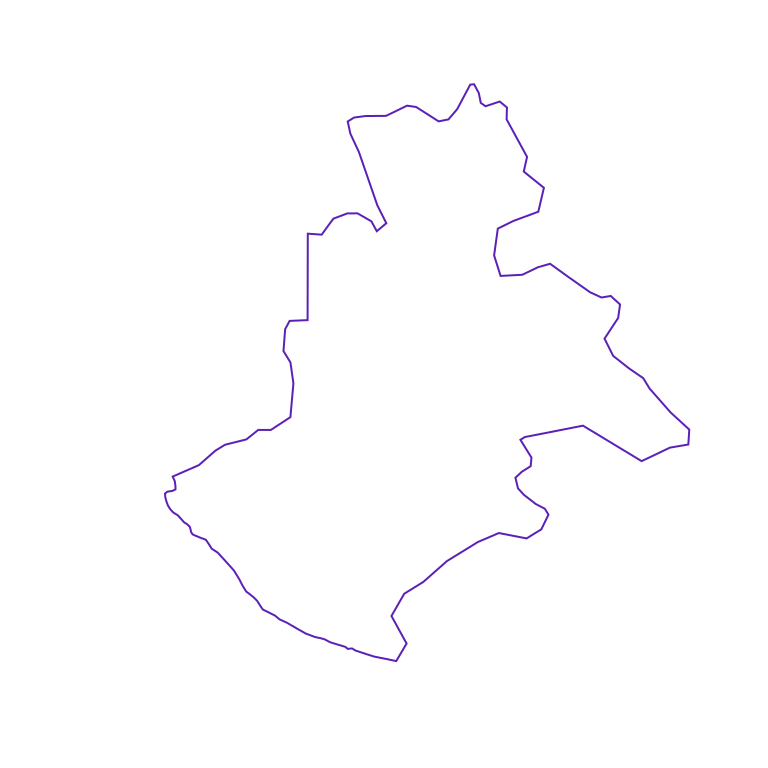 Ashotck, Shirak, Armenia, rotated 239°
{"feature_id": "60910142B98971197356492", "entity_name": "Ashotck", "entity_type": "district", "adm_level": 2, "iso_a3": "ARM", "parent_name": "Armenia", "parent_adm1": "Shirak", "projection": "equal_earth", "projection_center": [43.919, 41.033], "detail": "fine", "context": "isolated", "style": "outline", "palette": "violet", "viewbox_px": 768, "rotation_deg": 239, "n_neighbors": 0, "source": "geoboundaries", "source_scale": "gbopen_adm2", "svg_char_len": 2002}
<svg xmlns="http://www.w3.org/2000/svg" viewBox="0 0 768 768"><g transform="rotate(239 384 384)"><path d="M627.7,488.1L615.9,484.1L599.9,482.4L595.9,482.0L540.6,470.3L520.6,468.8L518.7,456.5L529.9,457.0L543.9,449.2L549.1,440.5L551.8,425.8L548.7,418.3L546.1,412.2L544.1,407.5L552.1,396.1L478.1,351.4L486.7,335.6L481.9,327.5L464.0,314.8L450.7,314.9L431.2,306.7L403.8,286.7L402.9,263.3L409.4,252.5L407.4,237.5L413.8,216.5L413.7,205.1L409.8,183.6L413.5,155.2L408.4,154.6L403.8,152.6L401.1,151.0L401.3,147.7L403.3,142.8L402.9,139.9L399.8,138.3L395.4,137.0L391.0,136.2L386.8,136.3L382.4,137.2L377.5,139.7L372.8,140.6L368.4,141.4L365.1,143.1L361.5,144.0L356.2,142.4L353.7,142.5L351.3,144.1L346.1,148.0L342.2,151.1L336.7,151.4L331.5,151.5L325.2,154.6L319.9,155.7L310.8,157.5L301.4,159.3L290.9,159.4L284.0,158.9L277.1,159.0L274.4,160.1L268.3,162.4L263.4,163.6L258.1,163.7L253.1,164.0L247.9,167.3L241.6,171.3L236.1,173.2L229.6,177.7L218.3,183.9L210.4,188.4L202.7,194.5L198.6,198.9L195.6,201.7L190.4,204.8L185.5,209.2L178.7,215.4L175.6,216.5L173.8,220.4L170.2,222.3L161.5,229.8L155.2,235.4L145.7,245.9L144.9,246.7L142.5,249.3L140.2,251.8L149.9,269.7L181.3,270.9L186.0,279.3L193.8,293.3L194.1,315.7L199.8,346.8L200.2,383.1L198.9,392.4L197.1,405.7L178.2,426.7L178.4,444.0L187.3,457.7L194.3,457.6L202.9,452.3L216.8,446.9L225.5,445.1L236.0,448.4L237.8,457.0L238.0,467.4L245.0,472.5L265.9,472.2L266.0,477.4L245.8,533.1L185.2,565.1L182.2,596.3L175.4,613.7L187.7,622.2L212.0,615.0L243.3,609.3L255.5,609.2L271.1,602.1L290.1,594.9L309.3,596.4L320.0,618.7L330.6,627.3L342.7,623.7L346.1,615.0L356.5,607.9L380.7,597.2L401.5,588.3L404.8,576.1L406.4,558.8L416.6,539.6L437.5,544.6L458.6,561.6L457.1,579.0L452.2,605.0L469.8,622.1L494.1,613.2L505.0,623.6L547.7,625.4L557.7,631.8L566.5,628.7L569.8,614.1L575.1,611.7L584.5,615.1L594.5,615.6L596.2,612.1L581.9,588.3L577.6,575.5L581.0,566.1L604.9,554.2L610.7,547.1L612.8,523.8L623.2,506.2L626.5,498.6L627.8,495.6L627.7,488.1Z" fill="none" stroke="#5b21b6" stroke-width="2"/></g></svg>